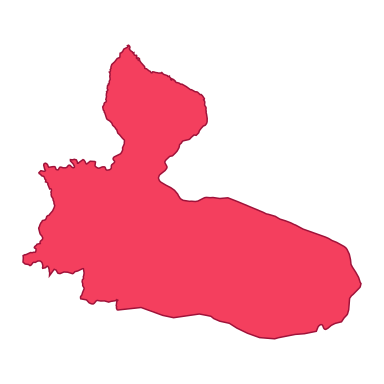 outline of Tabaporã, Mato Grosso, Brazil
{"feature_id": "56859067B70789515296614", "entity_name": "Tabaporã", "entity_type": "district", "adm_level": 2, "iso_a3": "BRA", "parent_name": "Brazil", "parent_adm1": "Mato Grosso", "projection": "mercator", "projection_center": [-56.642, -11.068], "detail": "fine", "context": "isolated", "style": "filled", "palette": "rose", "viewbox_px": 384, "rotation_deg": 0, "n_neighbors": 0, "source": "geoboundaries", "source_scale": "gbopen_adm2", "svg_char_len": 5830}
<svg xmlns="http://www.w3.org/2000/svg" viewBox="0 0 384 384"><path d="M128.6,45.2L127.5,45.6L128.1,46.4L127.3,47.3L123.8,49.1L122.7,51.4L121.4,52.7L120.1,53.2L119.9,56.9L119.6,57.5L117.2,58.5L114.7,61.8L111.8,64.4L110.9,67.1L111.0,68.4L110.2,69.6L110.5,70.8L110.1,71.8L109.3,72.1L110.0,73.3L110.1,75.1L109.8,75.7L109.8,76.6L110.2,79.3L109.4,80.9L109.2,81.9L109.3,82.8L109.0,83.5L108.4,83.9L108.7,84.7L108.0,85.0L107.5,85.7L107.2,88.8L107.8,89.5L107.7,90.4L106.5,91.8L106.9,92.6L106.4,93.7L106.3,95.5L106.5,96.7L105.8,99.6L106.3,100.4L106.3,101.2L106.0,101.9L104.6,102.7L104.1,103.5L104.1,104.5L102.7,106.9L103.3,110.0L104.2,111.0L104.2,112.1L104.8,112.9L106.7,118.8L107.5,119.6L109.7,120.9L111.6,122.8L112.0,123.5L112.6,125.2L115.2,127.6L115.6,128.8L116.6,129.4L117.8,133.1L119.7,134.9L122.6,138.4L124.3,140.0L124.5,141.0L124.3,141.9L124.3,143.8L122.5,147.9L122.7,149.2L122.5,150.4L121.6,152.3L120.5,153.8L114.2,156.9L113.5,157.6L113.1,158.5L113.2,159.4L113.6,160.1L114.5,161.0L114.6,161.9L114.3,162.6L111.7,164.8L111.3,165.8L111.3,168.0L110.7,169.0L109.7,169.7L107.8,170.1L106.7,170.1L105.9,169.5L105.3,167.7L104.8,167.0L104.1,166.8L102.2,166.9L99.1,168.2L98.1,168.1L96.6,167.4L95.3,166.3L95.0,165.5L95.5,162.0L94.8,161.5L90.2,161.2L86.7,164.0L86.0,163.7L85.1,161.7L83.9,160.0L83.0,159.6L79.2,162.3L78.4,163.2L77.5,163.3L77.5,162.4L76.4,159.9L74.3,159.3L72.5,159.8L70.4,159.6L70.4,160.9L73.1,163.8L74.4,166.2L74.4,167.2L73.8,167.7L72.9,167.7L71.8,167.1L70.2,165.4L69.1,165.1L68.3,165.5L66.7,167.4L65.5,167.8L63.2,167.8L60.9,167.1L59.9,167.2L59.2,168.0L58.3,169.7L57.3,169.9L56.3,169.5L55.7,168.6L55.3,167.1L54.5,166.6L53.1,166.6L48.8,167.3L48.2,166.4L47.5,164.6L46.6,163.7L45.6,163.2L44.4,163.5L43.9,164.1L43.7,165.2L44.6,168.9L45.4,170.5L44.8,171.2L43.8,171.3L40.9,170.7L38.9,172.7L39.2,173.6L40.8,174.5L41.1,175.2L41.7,175.8L43.7,176.4L44.3,177.3L45.0,179.3L45.8,179.9L45.5,181.9L46.5,182.1L47.9,183.3L47.8,184.4L49.7,189.0L50.5,188.7L51.1,189.0L51.5,190.0L51.3,191.4L50.9,192.0L51.3,193.4L51.1,194.6L51.5,196.4L53.0,198.6L53.1,200.1L53.9,201.8L54.0,203.6L54.7,205.5L54.3,207.2L52.6,210.9L49.8,214.1L49.5,214.8L48.8,215.3L47.8,215.6L46.7,216.5L46.2,218.5L45.4,219.6L44.4,220.2L42.8,220.4L42.1,221.0L41.9,221.7L40.8,223.0L39.8,225.2L39.4,226.7L38.9,227.5L38.7,228.4L39.8,232.9L40.4,234.4L41.8,235.9L42.7,237.8L42.6,238.9L41.9,239.9L40.3,241.3L40.0,242.5L40.3,243.5L37.0,244.2L36.4,245.2L34.9,246.4L34.3,247.3L34.5,248.0L35.4,248.4L36.0,248.9L36.0,250.4L35.6,251.9L35.0,252.3L33.8,252.2L32.1,252.7L30.6,252.5L25.8,254.7L24.8,254.7L23.1,255.6L23.3,258.0L23.0,262.1L25.1,264.0L28.5,264.5L30.0,265.6L31.3,264.9L32.9,262.7L33.7,262.3L35.4,262.4L37.4,261.2L38.1,261.0L39.9,261.0L40.6,261.2L41.9,262.5L42.3,263.5L42.9,266.0L42.5,267.6L42.7,268.3L45.5,267.7L46.9,266.3L47.7,266.3L48.6,267.5L49.1,269.3L49.3,271.6L49.7,272.7L49.5,275.7L54.2,269.3L56.1,270.1L57.8,273.1L59.0,273.5L60.1,273.6L63.9,272.0L67.7,272.2L72.5,273.7L73.3,273.4L74.9,271.7L77.7,271.0L82.5,268.7L83.4,268.7L84.1,273.0L83.7,275.6L83.3,276.6L83.5,278.6L82.4,279.8L82.1,281.8L82.7,283.6L82.7,285.7L84.0,287.8L84.1,288.8L82.5,292.7L81.8,295.1L80.6,296.5L80.5,297.7L80.7,298.8L86.5,299.9L89.1,302.8L91.3,303.8L93.1,304.0L94.2,303.3L96.4,300.7L97.3,300.4L100.7,301.0L104.5,300.9L108.7,302.1L110.9,301.4L115.4,300.7L116.0,300.3L116.7,299.6L117.8,300.2L116.8,301.5L116.2,305.8L116.6,306.5L116.4,308.0L117.1,309.7L117.8,310.0L141.1,307.5L162.8,315.4L173.6,317.7L199.3,314.0L206.7,315.4L211.0,316.3L213.8,318.6L219.8,321.2L229.4,323.3L236.9,328.1L247.4,333.2L259.6,337.6L274.7,338.8L278.5,337.7L295.3,334.4L304.5,333.7L316.3,331.3L318.0,327.0L318.8,325.9L320.4,324.7L321.2,324.6L322.0,324.8L322.6,325.4L323.7,328.1L324.5,329.1L325.7,329.4L327.8,328.3L331.2,325.4L334.1,323.9L335.5,323.3L341.5,321.8L344.1,317.9L346.7,315.2L347.5,314.0L348.7,309.8L349.6,298.4L351.4,295.8L353.2,294.3L359.8,287.5L360.2,286.9L361.0,283.6L360.2,282.4L358.6,277.4L355.7,272.2L352.4,267.1L351.0,264.4L350.5,259.6L349.3,254.2L347.0,249.4L345.9,247.9L344.8,247.0L343.8,246.3L336.7,242.4L332.0,240.5L328.5,238.4L325.3,237.0L303.1,229.1L295.5,225.0L294.5,224.7L290.7,222.8L285.7,220.9L279.9,219.1L275.2,216.3L268.4,214.3L266.3,213.9L263.4,212.4L237.6,201.6L227.9,197.8L219.8,198.5L213.0,197.5L210.2,197.7L206.5,197.4L204.9,197.6L203.7,198.1L197.8,201.1L195.3,201.5L191.5,201.2L189.4,201.3L183.0,200.3L180.4,198.7L178.5,195.8L177.7,194.1L174.5,190.3L171.0,187.8L165.8,185.1L160.8,182.1L159.5,180.8L158.6,178.7L158.5,177.6L159.3,175.4L159.9,174.6L165.1,170.5L166.6,168.5L167.0,167.4L166.9,166.5L164.9,162.7L164.8,161.8L165.8,160.1L169.7,156.4L172.5,155.8L175.4,153.0L177.1,151.1L178.9,147.9L179.3,146.5L179.6,144.6L181.4,143.0L182.4,141.3L183.4,140.8L189.0,139.5L190.4,138.5L190.9,137.7L194.0,135.0L196.2,135.3L198.7,132.8L199.4,130.7L201.1,128.4L203.4,125.9L204.5,125.6L205.4,125.1L206.6,123.4L207.1,121.8L207.2,118.5L206.5,113.9L206.1,112.8L206.2,111.1L205.9,109.8L206.1,107.9L205.8,107.0L204.7,105.4L204.6,104.6L204.8,102.3L204.6,101.2L203.6,99.8L204.2,99.4L204.4,98.7L202.4,95.7L201.1,94.5L200.1,94.6L197.6,92.2L196.9,91.9L195.1,91.7L191.5,89.7L190.5,89.7L186.3,86.6L181.9,84.1L180.7,84.3L179.5,83.3L177.4,82.6L176.4,82.6L175.7,82.0L175.3,81.0L174.4,80.8L173.9,79.7L173.0,79.3L172.1,78.9L171.7,80.0L170.8,79.6L171.1,78.5L169.5,77.0L169.4,76.1L167.9,76.5L167.3,75.6L163.5,74.3L161.8,72.5L161.1,73.2L160.1,72.9L159.1,73.2L156.8,72.6L156.0,72.6L154.1,72.0L152.7,71.8L152.0,72.8L151.1,72.7L150.3,71.4L149.0,70.8L146.5,68.8L144.8,68.4L144.6,66.6L140.8,62.4L140.0,60.9L139.1,60.6L138.4,60.1L139.5,59.5L139.4,58.6L138.4,57.9L137.6,57.9L137.1,58.7L136.5,58.3L136.5,57.1L136.8,56.0L136.5,55.3L135.4,55.4L134.3,55.0L133.8,53.7L133.9,52.6L132.9,52.9L132.3,51.8L131.1,51.2L130.7,50.5L129.8,49.8L129.3,48.8L129.9,47.9L129.9,46.9L129.5,46.1L128.6,45.2Z" fill="#f43f5e" stroke="#9f1239" stroke-width="1.5"/></svg>